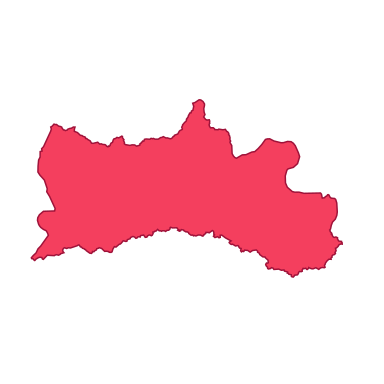 Chong-Alay, Osh, Kyrgyzstan (Robinson projection), rotated 189°
{"feature_id": "92254566B65536554507768", "entity_name": "Chong-Alay", "entity_type": "district", "adm_level": 2, "iso_a3": "KGZ", "parent_name": "Kyrgyzstan", "parent_adm1": "Osh", "projection": "robinson", "projection_center": [72.267, 39.516], "detail": "fine", "context": "isolated", "style": "filled", "palette": "rose", "viewbox_px": 384, "rotation_deg": 189, "n_neighbors": 0, "source": "geoboundaries", "source_scale": "gbopen_adm2", "svg_char_len": 6047}
<svg xmlns="http://www.w3.org/2000/svg" viewBox="0 0 384 384"><g transform="rotate(189 192 192)"><path d="M44.1,147.3L44.4,148.0L44.2,148.8L43.5,149.4L43.7,150.8L42.8,152.0L41.5,152.5L40.7,153.7L41.3,154.6L40.5,156.5L41.5,158.9L40.6,159.3L40.0,160.0L39.0,161.5L38.9,162.4L37.9,163.3L36.7,164.0L35.5,164.0L35.7,165.1L35.9,165.6L36.5,165.8L36.6,166.6L39.0,166.5L39.6,166.7L41.0,168.5L41.1,169.6L42.8,170.1L44.4,169.4L45.3,169.6L46.6,170.9L47.0,172.0L47.8,172.3L47.5,173.1L49.4,174.6L49.5,175.4L50.1,176.0L49.4,177.1L49.2,180.9L48.5,184.3L46.2,187.6L45.3,191.6L45.4,195.0L47.3,203.8L48.9,207.1L50.1,207.9L53.5,207.7L55.1,208.7L56.2,210.4L57.1,210.7L57.6,210.5L58.4,209.0L59.6,208.3L60.1,207.1L62.4,206.4L63.8,210.1L64.9,211.1L81.2,208.2L86.3,208.6L90.4,207.9L93.0,208.1L98.6,211.6L101.1,215.6L102.4,222.5L101.7,228.4L100.7,229.9L95.7,232.2L92.2,236.5L91.2,243.7L93.0,247.3L97.2,253.8L99.5,256.0L102.0,257.2L105.5,256.9L109.5,255.0L111.7,254.6L119.0,255.2L123.5,256.7L126.0,256.2L127.7,255.4L130.5,249.8L133.4,245.3L136.3,241.7L139.2,240.8L144.5,237.3L148.2,236.5L153.4,232.3L155.0,232.7L156.7,234.0L158.4,236.2L160.0,244.1L162.2,246.8L162.3,247.4L161.8,248.3L163.1,250.3L162.8,251.2L163.9,253.8L164.8,254.3L164.7,255.2L165.1,256.0L166.4,257.2L167.2,257.2L168.8,259.1L171.2,258.3L175.4,258.3L175.9,257.6L179.3,257.2L179.7,258.0L181.1,258.8L183.8,258.3L185.2,260.0L185.6,261.2L185.6,261.8L185.2,262.7L185.5,263.2L185.6,264.9L186.2,266.0L188.5,265.4L189.9,265.8L192.2,267.9L191.3,270.5L192.5,272.7L193.4,276.1L193.2,279.3L193.4,280.9L195.3,283.1L197.7,284.3L199.4,284.2L203.1,280.8L205.2,279.8L203.7,276.9L203.9,272.9L205.2,271.9L205.3,270.1L206.4,269.8L207.5,266.8L207.6,265.5L208.9,263.0L208.6,262.6L209.0,260.8L210.1,259.7L211.8,256.8L211.7,256.2L212.3,254.4L211.4,252.8L211.5,252.2L213.3,251.0L214.1,250.0L215.1,247.1L218.2,245.3L218.4,244.4L219.4,243.7L219.7,242.7L220.9,241.5L222.0,241.2L224.7,241.6L226.3,241.3L229.0,242.2L230.3,241.2L231.6,240.8L233.6,238.9L236.8,238.4L238.5,238.9L239.4,238.4L240.2,238.6L241.0,238.5L241.9,237.5L245.6,237.2L247.2,236.6L247.5,234.8L248.6,234.6L248.5,234.2L249.7,233.2L250.0,232.2L250.9,231.6L250.9,230.1L253.9,228.6L255.9,229.5L258.6,229.2L260.6,228.3L265.2,228.4L266.4,229.1L266.5,230.4L267.7,232.0L267.4,233.0L269.1,234.6L269.4,236.0L270.1,236.2L272.8,234.0L274.7,234.2L276.0,232.8L277.3,232.4L277.9,231.3L278.3,228.6L279.6,227.6L280.2,225.9L280.1,225.3L280.5,224.7L280.8,224.3L281.6,224.4L281.9,224.1L281.7,223.8L282.1,223.5L283.4,223.8L284.6,224.9L285.4,225.2L287.6,225.0L289.2,225.4L290.7,224.9L292.9,226.4L297.2,224.6L298.9,224.5L300.6,226.6L303.3,227.6L304.4,228.4L305.4,228.2L306.2,229.6L308.6,230.0L309.5,230.6L311.1,230.5L314.4,232.8L317.7,233.5L318.0,235.8L317.7,237.8L319.4,237.6L321.0,236.2L322.8,235.6L324.6,234.5L324.9,233.7L326.8,232.8L327.7,233.3L328.7,233.2L330.6,235.1L330.7,235.6L331.9,236.1L334.1,236.2L336.4,237.5L337.8,237.2L338.9,237.5L340.5,235.0L341.7,234.1L340.8,232.2L341.1,229.9L345.7,213.6L347.3,211.2L346.5,209.0L348.3,208.2L347.5,202.7L348.5,199.6L348.1,193.6L347.3,187.6L344.9,184.9L339.7,180.7L335.5,172.6L335.5,169.5L332.0,165.4L324.6,154.3L324.7,151.8L335.7,149.7L339.1,145.8L340.3,142.5L340.2,139.9L338.6,136.4L337.6,135.0L335.9,133.4L332.9,131.8L329.9,130.9L328.3,128.9L327.1,126.7L333.0,114.9L335.2,111.8L336.5,107.4L338.8,104.5L340.4,101.9L339.9,101.1L338.7,101.2L336.9,99.7L336.5,99.8L335.5,101.4L333.3,103.2L332.0,103.8L330.1,103.8L329.2,102.4L328.3,102.2L325.0,106.9L318.0,107.6L317.3,108.3L316.0,108.9L313.9,108.7L312.4,109.8L312.2,110.4L309.0,112.0L310.1,113.0L310.7,114.6L310.1,116.2L309.2,117.0L307.0,116.6L305.4,117.6L303.3,117.7L297.1,120.9L295.9,121.9L295.0,121.9L293.6,120.3L292.7,120.4L291.3,119.3L289.7,119.1L289.0,118.5L288.3,118.5L287.2,117.5L283.4,115.6L281.7,115.6L281.1,116.5L281.0,117.7L279.6,117.6L278.8,118.8L277.4,119.8L277.2,121.1L275.5,121.9L275.0,122.5L272.4,122.1L269.0,119.7L267.4,120.1L265.0,120.1L264.4,119.5L262.5,119.7L261.6,120.4L261.2,123.3L260.1,125.9L258.5,125.7L255.6,129.1L254.8,129.3L253.9,130.3L252.3,133.1L249.6,132.8L248.6,133.2L248.4,134.8L245.8,136.2L245.6,137.4L243.7,138.7L242.7,138.8L241.4,138.4L240.3,137.5L239.2,137.9L238.4,139.2L237.2,139.6L236.2,139.4L236.0,140.9L233.0,141.9L231.1,139.9L230.0,140.2L229.2,140.8L229.1,141.7L227.6,142.8L226.9,142.9L225.4,142.4L224.5,143.1L223.9,145.0L224.3,146.3L222.9,146.8L222.4,147.6L221.5,147.7L220.1,149.7L218.3,148.5L216.9,148.8L216.1,148.4L215.1,149.1L213.3,149.4L211.9,148.9L210.7,150.2L209.0,150.6L208.0,152.0L208.0,153.5L207.6,153.8L205.6,153.5L201.4,154.3L200.1,153.0L198.9,152.5L199.8,151.9L198.3,151.3L197.2,151.9L196.7,153.2L194.3,153.1L194.0,152.5L191.6,151.6L190.9,152.0L189.1,151.4L188.7,150.5L186.2,149.2L184.5,149.6L183.7,148.9L182.9,149.4L181.2,149.2L179.1,150.5L176.9,150.8L174.9,150.1L174.2,150.2L174.0,151.0L173.5,151.3L173.6,151.7L172.0,153.1L171.9,154.3L169.4,154.6L168.7,154.3L165.9,157.1L164.7,156.6L164.0,155.1L163.9,153.7L163.1,153.2L163.9,151.7L162.2,150.6L159.7,151.9L158.2,151.0L157.0,151.6L157.4,153.7L155.9,154.1L151.7,151.9L145.8,149.8L147.2,148.5L147.4,147.8L145.8,146.6L144.6,146.4L143.8,146.8L140.6,145.5L138.3,146.3L137.5,145.8L136.9,144.7L135.8,143.9L134.6,143.9L134.8,141.6L133.8,140.6L132.7,141.6L132.0,141.2L131.5,141.4L131.0,142.8L127.8,143.0L125.2,141.7L123.0,143.7L119.4,144.8L117.9,143.8L117.8,142.8L116.0,142.1L115.3,140.8L111.9,139.0L109.7,139.2L109.1,138.4L106.3,136.6L105.6,134.2L106.0,133.6L107.3,133.5L107.9,132.1L107.3,130.8L105.6,129.4L105.3,128.3L104.5,127.9L102.4,128.7L101.8,129.7L100.1,129.5L99.0,128.3L94.3,129.4L91.5,128.7L88.9,129.4L88.3,128.3L85.1,128.0L85.2,126.8L84.2,126.8L83.5,125.9L81.0,125.8L80.6,124.1L80.0,123.9L78.7,123.8L78.0,124.7L77.8,125.8L74.8,126.7L74.1,128.3L74.2,129.1L73.5,130.3L71.6,130.4L70.7,131.0L71.0,132.2L70.3,133.9L69.9,133.6L67.7,134.5L66.6,133.5L66.0,133.5L64.7,135.1L64.8,135.6L62.1,134.9L60.5,135.0L57.8,136.6L54.7,135.4L53.1,137.2L50.8,138.0L49.7,137.8L48.8,138.4L49.7,140.4L49.1,141.6L49.1,142.6L47.9,145.0L46.3,147.0L44.1,147.3Z" fill="#f43f5e" stroke="#9f1239" stroke-width="1.5"/></g></svg>